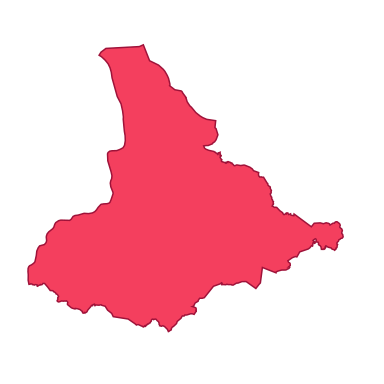 Churumuco, Michoacán, Mexico (Albers equal-area conic projection), rotated 96°
{"feature_id": "50627088B90340838344930", "entity_name": "Churumuco", "entity_type": "district", "adm_level": 2, "iso_a3": "MEX", "parent_name": "Mexico", "parent_adm1": "Michoacán", "projection": "albers", "projection_center": [-101.581, 18.721], "detail": "fine", "context": "isolated", "style": "filled", "palette": "rose", "viewbox_px": 384, "rotation_deg": 96, "n_neighbors": 0, "source": "geoboundaries", "source_scale": "gbopen_adm2", "svg_char_len": 6028}
<svg xmlns="http://www.w3.org/2000/svg" viewBox="0 0 384 384"><g transform="rotate(96 192 192)"><path d="M288.3,346.8L291.4,346.2L297.0,345.7L300.9,344.5L300.6,343.3L300.1,342.7L300.4,341.2L300.8,341.0L300.7,340.1L301.0,339.5L301.0,338.9L300.6,338.6L300.4,337.5L300.7,336.2L301.7,336.2L301.9,335.8L300.6,334.2L300.4,333.3L299.9,333.1L300.1,332.6L299.8,331.5L298.5,330.7L298.4,329.0L301.6,325.6L304.8,322.7L304.7,320.1L305.8,318.9L305.8,318.3L307.0,316.7L307.5,316.6L307.9,315.4L308.3,314.9L309.7,313.8L310.5,314.0L310.8,314.4L311.6,314.5L312.4,314.1L314.2,314.8L314.4,314.8L315.0,314.0L315.3,313.5L315.0,312.2L314.0,310.3L314.0,308.3L313.7,307.8L313.8,306.8L313.4,305.4L314.3,304.3L314.8,304.0L316.4,304.2L317.0,304.0L319.6,300.1L320.0,299.2L320.5,296.7L320.5,296.0L320.0,295.9L320.1,293.3L320.7,290.9L322.0,289.2L322.2,288.5L323.3,288.3L323.9,287.6L323.4,286.3L323.5,286.1L323.0,286.1L323.1,285.1L322.2,284.0L320.3,283.3L316.4,280.6L315.4,280.1L315.1,279.6L315.4,279.0L314.3,278.6L313.8,277.3L314.6,277.1L315.2,276.6L314.4,275.9L314.3,272.6L313.6,270.6L314.1,269.9L314.7,266.4L318.3,263.6L321.1,259.2L324.2,257.3L325.0,242.2L329.0,234.9L330.1,233.4L329.7,232.8L329.5,231.3L330.6,228.2L330.8,227.0L330.9,226.6L331.3,226.5L331.3,226.1L330.6,225.4L330.6,225.2L330.2,225.2L329.7,224.7L330.3,224.1L328.8,223.1L328.7,222.7L328.0,222.5L327.8,221.4L326.8,220.7L326.5,219.9L325.2,219.5L324.7,219.0L323.7,219.0L322.9,218.6L322.5,217.7L322.9,216.8L322.6,216.7L322.2,214.9L322.4,214.3L323.5,213.3L324.5,211.8L325.7,211.1L327.3,210.8L328.0,210.0L328.4,210.1L328.7,208.3L328.0,207.0L328.7,205.2L331.2,202.1L333.3,200.9L333.2,200.6L331.9,199.2L331.6,198.5L330.9,198.2L330.1,198.3L328.3,197.4L327.8,196.5L324.9,194.0L324.3,193.6L322.3,193.2L318.8,189.8L316.4,188.8L316.2,188.5L316.2,187.0L315.7,186.5L315.1,186.3L314.9,184.5L313.2,180.5L313.1,178.8L313.5,177.1L310.9,175.8L310.4,175.3L309.5,175.4L309.2,175.8L308.7,175.5L307.2,175.8L306.9,176.0L306.2,177.8L305.9,179.6L305.3,178.5L305.0,178.5L304.0,177.9L302.7,177.6L301.9,177.1L300.0,174.5L299.2,174.5L296.9,173.3L296.6,170.7L295.8,168.7L283.5,160.8L280.4,154.4L280.0,153.8L279.2,153.3L279.6,152.5L280.9,152.8L281.1,152.7L280.8,151.4L280.7,148.7L280.1,147.7L280.3,146.4L280.0,143.2L280.3,142.8L280.3,141.4L277.9,138.1L277.8,136.8L275.9,133.0L275.4,128.8L281.3,118.4L276.9,115.7L275.3,114.5L259.7,114.1L263.6,100.0L262.6,99.9L261.6,98.1L260.2,94.5L259.8,90.7L259.3,89.7L258.5,88.8L258.3,88.1L257.9,87.6L256.6,86.9L255.9,87.4L256.0,87.7L254.8,86.6L253.0,86.9L252.5,87.2L251.8,88.6L250.4,89.5L246.8,85.3L245.4,82.5L245.6,80.9L240.3,78.6L236.5,70.4L235.2,69.0L232.9,67.5L233.2,66.5L231.8,66.3L231.1,66.5L229.6,66.2L229.7,65.6L230.3,64.9L230.0,64.3L229.7,64.2L229.0,64.6L227.7,66.4L227.5,66.0L227.0,66.2L225.6,64.5L225.7,64.0L226.9,63.2L227.7,63.6L228.4,63.5L228.7,63.1L228.7,61.4L229.6,60.8L231.0,60.7L231.7,59.8L231.9,59.0L233.1,58.0L235.5,57.3L235.3,56.5L235.5,55.7L234.7,54.8L235.0,54.2L233.3,53.3L233.0,53.9L231.8,53.5L231.5,53.2L232.7,50.8L233.1,47.8L234.0,47.0L234.5,45.3L234.5,44.5L235.0,44.0L233.6,42.8L232.9,43.0L232.8,42.6L231.8,42.0L229.8,42.0L229.0,41.7L228.5,42.5L227.0,42.4L225.6,41.2L224.1,40.9L223.6,39.9L222.7,39.2L222.2,37.8L221.1,37.1L220.8,37.0L218.5,37.7L217.6,38.7L216.2,38.8L214.8,38.4L213.2,39.1L211.8,41.2L210.8,41.4L209.7,41.1L208.5,41.6L207.6,42.6L206.4,44.7L206.6,45.8L207.1,46.6L208.1,47.1L208.2,48.4L210.4,51.3L209.3,52.0L208.9,52.9L208.6,55.4L209.8,58.0L209.3,61.2L210.3,67.2L214.1,69.7L203.2,88.2L204.9,88.3L204.8,90.5L204.4,91.5L203.4,91.7L204.4,93.4L203.8,94.0L202.8,94.5L203.0,96.0L204.0,96.0L203.9,96.8L204.7,97.6L204.9,98.2L203.9,99.4L203.1,99.7L201.5,102.6L198.5,106.1L198.4,107.2L198.7,108.4L197.7,110.2L197.7,110.7L196.6,110.6L195.8,109.8L195.2,109.7L194.6,110.2L193.0,110.0L192.5,110.8L191.3,111.2L190.7,111.9L188.8,112.2L188.2,112.9L186.1,113.9L185.6,114.0L184.9,113.3L183.7,113.2L182.9,113.5L182.2,113.2L180.2,114.6L179.2,114.6L178.5,115.0L178.4,115.6L177.2,117.2L175.6,117.6L175.3,118.2L169.8,122.4L170.0,124.1L169.7,124.7L170.1,126.1L168.9,127.4L167.2,127.8L165.7,127.7L164.4,133.0L162.7,134.5L161.3,137.0L159.8,142.4L159.8,143.3L160.6,146.3L160.4,150.3L161.4,152.2L161.3,153.0L160.1,154.2L159.8,155.0L159.2,155.1L158.9,156.0L159.0,156.6L158.5,157.0L158.5,157.6L158.1,158.7L158.0,159.4L158.3,159.9L158.8,159.8L158.6,160.4L159.8,161.0L159.9,161.3L159.8,161.5L159.2,161.3L159.0,161.5L159.3,162.6L158.6,165.7L158.0,166.1L156.8,165.7L156.4,166.3L154.6,167.7L153.6,167.5L153.1,166.7L152.6,166.8L152.2,168.0L151.2,167.8L150.4,168.3L149.6,168.2L150.4,170.0L151.7,170.0L152.0,170.2L150.9,171.5L150.6,172.4L150.0,172.9L150.0,173.6L149.4,174.4L148.8,179.7L147.9,182.8L147.1,184.1L144.9,185.2L144.3,182.7L144.1,180.8L141.9,176.7L140.7,176.1L139.8,174.8L137.5,173.5L132.4,172.2L126.5,174.7L125.6,175.9L118.6,175.9L118.2,185.0L116.9,189.1L115.4,192.2L112.6,196.5L107.8,201.4L106.5,203.2L102.7,206.3L99.7,207.5L98.5,208.4L99.2,207.3L94.7,211.4L93.1,212.5L92.6,213.4L92.1,219.8L88.6,225.4L88.0,225.1L86.5,225.4L81.5,227.2L78.7,228.8L74.8,231.6L73.0,233.4L69.3,238.5L65.9,247.9L50.7,255.8L52.9,259.6L58.2,292.6L62.4,297.1L65.7,298.7L66.9,296.2L70.0,292.1L73.3,288.8L77.0,286.5L81.3,284.8L86.9,283.4L104.9,276.3L111.7,271.8L118.6,269.5L124.5,268.1L126.8,268.0L138.7,265.6L143.0,264.4L148.0,263.7L152.7,264.0L155.2,265.2L157.0,267.8L158.7,271.1L159.4,276.0L160.0,278.1L161.5,279.6L162.9,280.0L169.8,279.0L180.3,274.6L184.2,273.3L187.2,273.3L189.4,274.0L191.7,274.2L195.3,273.3L200.5,270.6L201.9,270.3L208.2,271.7L211.0,272.6L211.7,273.3L212.5,275.2L213.1,278.8L213.7,281.0L214.0,281.4L217.2,283.8L219.7,285.1L221.7,286.6L223.2,288.8L224.3,292.5L224.5,297.1L226.9,302.9L227.6,305.9L228.7,307.7L231.9,309.4L233.0,310.7L233.7,319.6L234.5,321.7L236.7,324.3L238.4,325.1L241.3,325.7L243.0,326.6L246.6,330.3L248.8,331.7L251.1,332.2L252.2,332.2L255.5,331.5L257.5,331.8L259.7,333.3L261.5,337.9L263.5,339.1L267.0,340.2L271.3,340.2L277.8,340.9L279.4,342.0L281.2,344.0L282.3,345.8L283.5,346.6L285.1,347.0L288.3,346.8Z" fill="#f43f5e" stroke="#9f1239" stroke-width="1.5"/></g></svg>